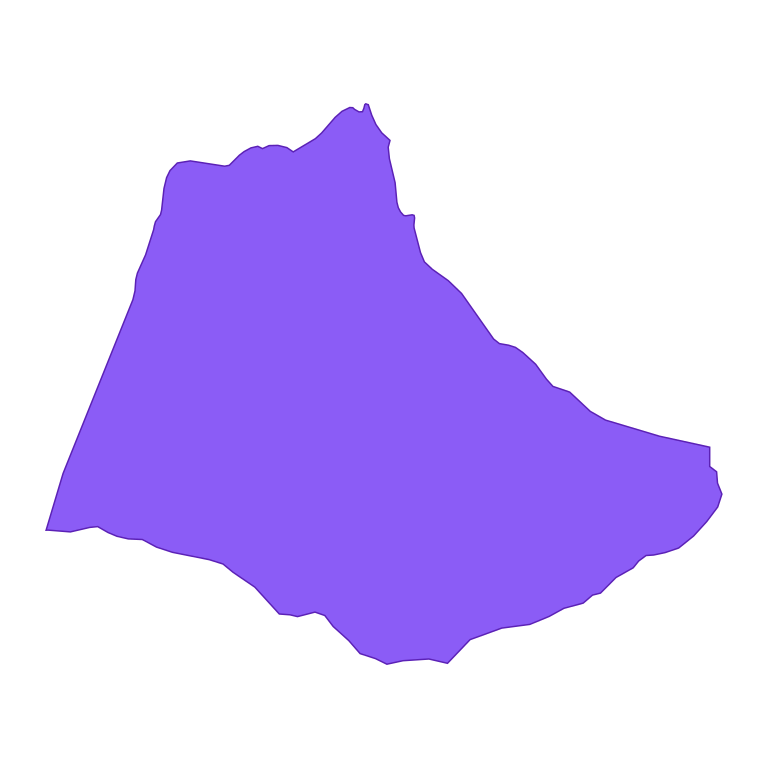 the border of Tanger - Tétouan
{"feature_id": "MAR-1445", "entity_name": "Tanger - Tétouan", "entity_type": "Region", "adm_level": 1, "iso_a3": "MAR", "parent_name": "Morocco", "parent_adm1": "", "projection": "albers", "projection_center": [-5.386, 35.321], "detail": "fine", "context": "isolated", "style": "filled", "palette": "violet", "viewbox_px": 768, "rotation_deg": 0, "n_neighbors": 0, "source": "natural_earth", "source_scale": "10m", "svg_char_len": 1674}
<svg xmlns="http://www.w3.org/2000/svg" viewBox="0 0 768 768"><path d="M368.3,104.7L371.7,115.1L375.9,124.5L381.7,132.8L390.0,140.4L390.0,140.5L388.2,147.2L389.4,158.7L395.1,182.7L396.9,202.2L398.3,207.7L400.6,212.0L403.6,215.4L405.8,215.8L412.2,214.8L414.1,215.4L414.6,218.0L413.9,225.1L414.1,228.0L420.5,252.6L424.4,261.9L432.3,269.3L448.3,280.7L461.6,293.5L493.6,339.0L499.4,343.6L508.6,345.2L515.5,347.4L522.9,352.6L535.7,364.3L546.4,379.1L552.9,386.4L569.7,392.1L590.3,411.4L605.5,420.1L659.4,436.2L709.7,447.2L709.7,449.9L709.7,466.5L716.6,471.8L717.5,483.1L721.9,494.1L717.7,507.0L706.7,521.6L693.6,536.0L678.7,548.0L665.1,552.6L653.7,555.0L646.1,555.5L638.7,561.0L633.2,567.8L616.0,577.5L600.5,593.1L592.5,595.1L583.2,603.1L563.9,608.3L549.2,616.4L529.8,624.4L501.7,628.1L470.1,639.6L447.5,663.3L428.9,659.0L403.0,660.7L386.9,664.2L375.5,658.6L360.1,653.6L348.8,640.6L333.2,626.5L324.8,615.5L315.0,612.1L297.5,616.6L290.0,614.8L279.3,614.0L254.8,587.1L233.2,572.4L223.0,564.0L209.4,559.7L172.4,552.3L156.5,547.1L142.3,539.5L128.3,538.9L117.0,536.3L108.0,532.5L97.7,526.6L89.8,527.4L70.4,531.9L48.0,530.1L46.1,530.2L63.1,473.4L132.9,299.7L135.0,290.9L135.8,279.6L137.4,273.1L145.6,254.8L153.6,229.8L154.3,226.0L155.5,221.7L160.5,214.6L161.6,210.1L164.0,188.4L166.6,177.6L170.0,170.6L177.3,163.0L190.3,160.9L224.7,166.2L229.3,165.3L239.4,155.2L244.1,151.6L250.9,147.9L257.8,146.3L262.5,148.6L269.1,145.6L277.9,145.4L286.9,147.6L293.2,151.9L315.3,138.7L321.6,133.0L335.1,117.4L342.0,111.3L349.8,107.5L352.8,107.7L354.6,109.4L359.0,111.9L362.5,111.7L363.9,108.2L364.8,104.6L365.8,103.8L368.1,104.7L368.3,104.7Z" fill="#8b5cf6" stroke="#5b21b6" stroke-width="1.5"/></svg>